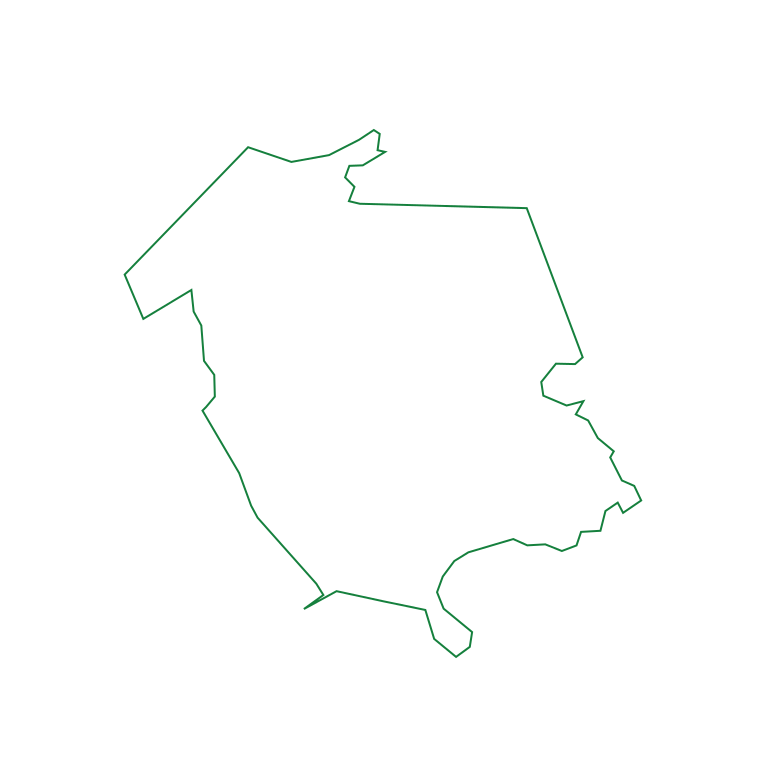 outline of Ohio, Kentucky, United States of America, rotated 287°
{"feature_id": "52423323B15881176064860", "entity_name": "Ohio", "entity_type": "district", "adm_level": 2, "iso_a3": "USA", "parent_name": "United States of America", "parent_adm1": "Kentucky", "projection": "natural_earth1", "projection_center": [-86.877, 37.475], "detail": "fine", "context": "isolated", "style": "outline", "palette": "green", "viewbox_px": 768, "rotation_deg": 287, "n_neighbors": 0, "source": "geoboundaries", "source_scale": "gbopen_adm2", "svg_char_len": 994}
<svg xmlns="http://www.w3.org/2000/svg" viewBox="0 0 768 768"><g transform="rotate(287 384 384)"><path d="M347.8,664.0L359.7,653.1L361.3,639.7L379.9,621.8L386.8,623.4L394.8,604.3L408.8,589.9L411.0,576.3L425.9,579.7L416.8,564.9L419.4,539.8L431.9,533.8L453.7,542.5L458.9,560.9L467.6,566.2L593.9,469.1L549.3,308.2L548.6,297.0L563.9,298.1L570.2,286.4L582.5,287.1L586.9,299.8L606.3,317.2L605.7,309.5L621.9,306.8L623.9,300.0L610.3,288.8L586.8,264.5L569.3,230.5L570.7,184.8L412.8,104.0L375.9,134.8L417.6,172.3L397.6,180.8L386.5,192.2L353.5,205.1L343.1,219.0L322.5,225.9L310.0,220.6L305.5,218.2L256.4,271.6L228.8,292.5L219.2,302.2L173.2,377.7L164.5,387.7L145.4,373.2L172.0,399.2L176.0,446.8L180.0,489.6L154.9,506.5L144.1,532.7L157.7,542.9L172.5,540.8L186.6,506.7L200.4,495.6L217.1,496.5L235.3,503.0L247.7,513.9L273.5,552.9L271.6,568.2L277.8,585.1L276.3,602.9L285.9,615.3L300.2,615.7L306.9,633.9L327.3,632.9L338.9,642.2L330.7,650.3L347.8,664.0Z" fill="none" stroke="#15803d" stroke-width="2"/></g></svg>